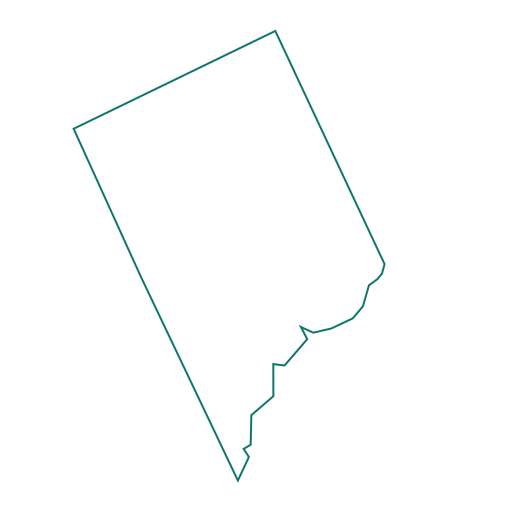 the district of Benton, Minnesota, United States of America, rotated 245°
{"feature_id": "52423323B9993996344570", "entity_name": "Benton", "entity_type": "district", "adm_level": 2, "iso_a3": "USA", "parent_name": "United States of America", "parent_adm1": "Minnesota", "projection": "equal_earth", "projection_center": [-94.148, 45.692], "detail": "fine", "context": "isolated", "style": "outline", "palette": "teal", "viewbox_px": 512, "rotation_deg": 245, "n_neighbors": 0, "source": "geoboundaries", "source_scale": "gbopen_adm2", "svg_char_len": 438}
<svg xmlns="http://www.w3.org/2000/svg" viewBox="0 0 512 512"><g transform="rotate(245 256 256)"><path d="M448.4,144.5L286.0,142.9L60.2,144.7L76.8,164.6L86.4,163.3L87.2,171.4L113.7,184.5L121.6,212.5L150.7,226.0L144.7,235.6L159.0,267.3L172.7,266.7L162.3,275.5L158.5,293.6L158.6,317.4L165.2,331.6L181.7,346.0L183.8,356.5L186.9,362.8L194.3,369.1L288.5,368.9L451.8,368.6L448.4,144.5Z" fill="none" stroke="#0f766e" stroke-width="2"/></g></svg>